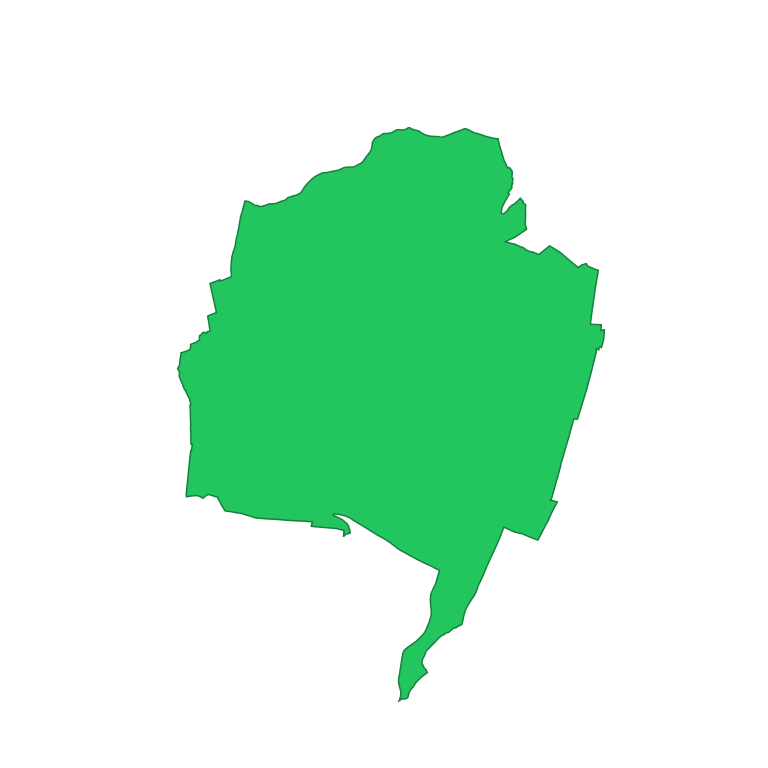 the district of Vulturesti, Vaslui, Romania, rotated 119°
{"feature_id": "2599482B20293343486233", "entity_name": "Vulturesti", "entity_type": "district", "adm_level": 2, "iso_a3": "ROU", "parent_name": "Romania", "parent_adm1": "Vaslui", "projection": "robinson", "projection_center": [27.534, 46.797], "detail": "fine", "context": "isolated", "style": "filled", "palette": "green", "viewbox_px": 768, "rotation_deg": 119, "n_neighbors": 0, "source": "geoboundaries", "source_scale": "gbopen_adm2", "svg_char_len": 6159}
<svg xmlns="http://www.w3.org/2000/svg" viewBox="0 0 768 768"><g transform="rotate(119 384 384)"><path d="M530.3,523.6L529.7,522.4L535.9,520.1L536.1,520.6L542.2,518.2L576.6,503.4L578.4,502.1L575.7,498.7L573.6,495.6L572.3,493.5L572.0,492.3L571.6,489.8L571.6,488.4L571.9,487.4L570.9,486.5L568.3,485.7L566.6,484.8L565.6,483.6L563.7,474.0L565.0,473.4L566.3,470.9L569.2,466.6L571.5,462.5L572.0,461.5L569.6,455.1L568.0,450.2L566.3,445.7L564.4,436.8L563.4,431.4L558.7,421.0L555.8,415.1L549.1,400.4L542.1,386.1L539.3,379.8L543.8,378.6L538.8,367.5L533.7,356.1L532.4,351.6L531.5,347.6L532.6,347.5L535.5,346.1L536.7,345.8L536.6,345.2L534.5,344.8L532.6,343.4L532.2,342.7L531.7,342.8L531.1,341.4L529.9,341.8L528.6,342.9L525.1,346.6L524.4,348.1L523.6,350.6L522.9,354.4L523.0,359.7L523.3,362.8L523.3,365.2L522.1,365.3L521.9,365.0L519.9,360.3L518.2,354.2L517.6,348.9L518.1,343.8L518.4,333.6L519.3,317.0L519.3,308.8L519.8,301.4L520.3,298.6L520.3,297.5L520.5,296.8L520.6,295.5L521.2,292.9L521.5,287.2L521.4,269.8L521.0,261.5L520.3,253.0L520.4,249.5L519.9,245.1L533.6,242.1L544.1,241.3L546.3,240.6L550.3,238.9L554.9,236.0L557.6,233.9L562.0,231.2L564.3,230.4L570.0,229.1L579.3,228.0L583.0,228.2L588.3,229.5L589.6,230.0L593.5,231.1L602.7,235.6L607.0,237.2L609.8,237.1L614.5,235.6L630.9,229.5L633.1,228.9L636.6,227.4L638.1,226.5L639.6,225.2L644.9,220.2L646.6,219.1L648.8,218.3L651.7,217.5L653.8,217.2L652.0,216.3L650.9,215.7L650.4,215.0L649.5,213.4L648.4,212.1L647.5,211.5L646.3,211.2L645.0,211.5L643.4,212.1L641.6,212.4L639.1,212.5L637.7,212.3L635.4,211.8L633.2,211.4L632.4,211.6L629.4,211.3L623.1,209.5L621.3,208.8L616.0,206.4L615.2,206.2L613.1,209.5L612.9,211.2L611.7,212.6L610.1,215.3L608.2,216.3L605.7,216.9L603.3,216.9L600.7,217.1L597.0,217.7L596.8,217.6L590.7,215.8L584.0,214.0L581.4,213.4L578.8,212.7L575.9,211.5L574.0,210.0L573.2,209.6L571.7,209.2L570.6,207.6L569.4,206.9L565.6,205.5L564.1,204.8L563.1,203.9L561.6,202.3L560.0,201.9L557.6,199.9L556.5,199.3L551.9,200.6L548.5,201.7L545.6,202.5L542.1,203.1L539.0,203.4L530.0,203.0L525.3,202.5L520.3,202.7L514.6,203.8L510.1,204.0L504.1,204.5L499.6,204.9L494.0,205.6L482.7,206.5L470.2,207.4L461.0,208.3L451.1,209.8L450.6,204.4L450.3,198.7L448.7,192.5L448.0,191.1L447.3,183.4L446.8,179.3L445.9,173.7L440.9,173.8L431.9,174.1L424.6,174.1L414.7,175.0L403.1,175.2L404.8,182.0L404.2,181.7L399.1,182.8L371.8,189.3L369.7,189.9L368.5,190.5L360.6,192.1L354.9,193.5L343.1,196.1L322.6,201.0L320.9,197.7L289.8,204.3L271.2,209.0L253.3,213.8L250.4,215.6L250.0,212.7L247.2,213.7L246.7,211.5L238.7,213.4L232.5,216.2L229.8,217.6L231.9,220.4L226.8,222.6L231.7,232.4L223.4,235.8L199.1,245.1L186.8,249.5L182.7,250.8L180.6,251.8L180.8,252.3L181.4,255.1L182.1,263.2L180.7,265.3L180.8,265.8L183.0,267.7L183.8,268.6L187.9,270.6L187.6,272.8L186.0,281.5L184.0,291.0L183.4,294.6L182.9,306.2L195.7,311.3L196.4,317.3L197.7,321.8L197.8,324.2L197.2,328.6L197.9,331.6L198.2,337.0L199.8,342.5L200.7,346.8L197.2,344.4L192.1,340.6L179.5,334.3L175.3,338.4L173.7,338.9L166.6,342.6L163.2,344.7L158.5,347.0L158.2,350.0L156.7,351.0L156.1,353.3L155.3,354.5L155.4,354.9L158.6,355.6L161.3,356.5L163.4,357.3L164.8,358.3L167.4,359.4L169.1,360.0L170.5,360.2L172.1,359.9L172.5,360.2L173.6,360.7L175.3,361.1L176.7,361.6L177.7,362.9L177.6,364.0L177.1,364.6L172.5,366.4L171.0,366.4L165.9,366.7L163.8,366.6L162.7,366.5L160.5,366.5L157.0,366.4L156.7,368.1L150.3,367.2L148.5,368.6L146.7,368.5L146.7,369.0L146.1,368.9L145.1,369.6L142.3,370.6L141.2,371.6L141.2,372.6L139.0,373.3L138.2,373.8L136.6,374.3L136.5,374.8L135.3,375.7L134.1,378.8L134.0,379.6L134.8,380.3L133.8,382.8L132.8,383.5L130.3,387.4L128.4,389.1L127.3,390.5L123.1,394.6L118.9,399.1L115.1,402.4L114.2,403.0L115.6,406.3L116.3,408.5L117.4,412.5L118.2,416.1L119.0,420.8L120.4,426.5L120.6,428.4L120.6,432.0L120.8,434.0L121.1,436.2L121.5,437.0L122.2,437.8L124.6,439.7L130.5,444.9L133.0,446.8L137.5,450.6L139.5,452.3L140.3,453.4L140.8,454.5L141.3,456.6L144.3,462.4L145.6,466.1L146.1,468.8L146.2,471.7L145.9,475.5L146.0,477.2L147.1,481.0L147.4,482.7L147.6,484.5L147.3,485.5L147.5,486.0L148.3,487.1L150.3,488.1L151.4,489.1L152.4,490.2L153.3,491.8L154.2,494.1L155.3,495.8L158.1,497.9L159.5,498.4L160.6,499.3L161.3,500.0L162.2,501.1L164.2,504.0L164.9,505.5L165.2,505.8L166.5,506.7L167.9,507.3L169.1,507.9L171.7,510.1L172.6,510.7L175.4,511.2L177.8,511.3L179.3,510.9L180.7,510.2L182.3,509.6L184.7,508.9L187.1,508.7L191.0,509.2L195.8,509.9L200.2,510.4L201.6,510.9L208.4,515.3L209.5,516.6L210.6,518.7L213.2,522.8L214.5,524.2L216.8,525.7L218.8,527.4L220.5,529.2L223.8,533.1L226.7,536.4L227.8,538.3L229.2,540.1L231.5,541.9L234.3,543.9L236.6,545.1L239.9,546.5L245.9,548.2L250.4,549.1L254.2,549.2L256.7,549.5L258.9,550.5L261.9,552.8L263.8,554.9L265.1,556.1L265.9,556.7L267.1,557.9L267.6,558.4L269.1,559.0L270.2,559.0L272.3,560.7L274.1,562.5L278.4,566.0L279.1,566.7L279.6,567.8L280.8,569.4L281.5,570.8L282.3,572.0L284.5,573.7L287.5,576.5L288.7,578.0L289.0,578.7L289.1,580.8L290.2,583.2L290.4,584.4L290.0,587.1L290.3,587.8L290.1,588.1L290.0,590.1L290.2,591.4L291.1,593.4L291.3,594.3L299.9,592.2L303.4,591.1L304.4,591.2L307.4,590.4L323.4,584.9L327.5,583.9L330.0,583.1L335.5,581.1L338.9,580.3L340.8,580.1L344.3,579.3L347.1,578.4L350.8,576.9L358.5,573.2L362.2,570.5L363.2,569.9L364.4,569.8L372.0,575.8L372.4,576.4L373.5,577.1L372.4,578.2L374.0,579.4L378.7,583.3L380.1,584.7L380.6,584.8L402.8,565.2L407.5,569.3L410.1,571.1L417.0,565.6L421.9,562.0L423.2,563.0L423.7,563.6L423.9,564.1L425.3,563.8L425.9,564.4L425.9,566.3L426.7,567.3L427.3,567.6L429.6,567.8L430.9,568.6L431.4,568.6L432.2,568.3L434.9,566.9L435.7,566.9L436.6,567.7L438.8,568.7L442.5,571.9L443.3,572.4L445.3,571.0L446.6,570.8L447.8,570.4L449.5,571.5L452.9,574.4L455.2,576.7L455.6,576.3L461.3,574.3L466.4,572.1L467.5,571.9L469.7,572.1L470.5,572.0L471.3,571.1L472.3,569.1L472.7,568.7L475.5,567.4L476.4,566.9L476.9,566.5L480.7,561.8L482.3,559.3L482.7,559.3L483.4,558.7L483.9,557.8L485.2,556.2L486.4,554.0L489.6,549.5L491.4,546.7L492.5,546.1L493.2,545.5L493.6,544.5L494.2,543.7L496.4,543.5L496.5,543.1L496.4,542.9L496.6,542.7L497.0,542.9L497.6,542.8L500.1,541.2L513.9,533.0L517.8,531.1L518.9,530.2L520.7,529.1L530.3,523.6Z" fill="#22c55e" stroke="#15803d" stroke-width="1.5"/></g></svg>